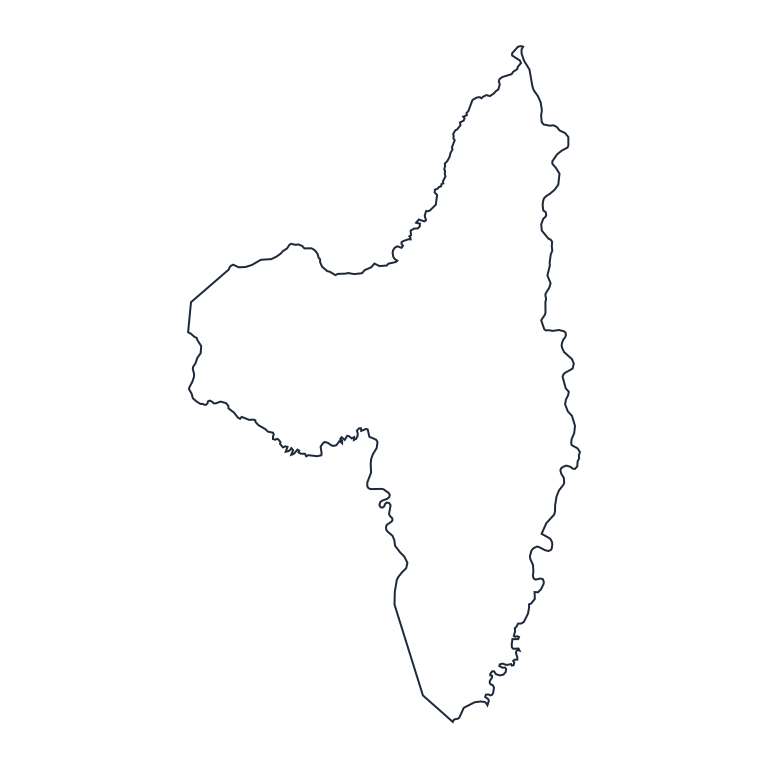 Novo Santo Antônio, Mato Grosso, Brazil
{"feature_id": "56859067B72150679990072", "entity_name": "Novo Santo Antônio", "entity_type": "district", "adm_level": 2, "iso_a3": "BRA", "parent_name": "Brazil", "parent_adm1": "Mato Grosso", "projection": "orthographic", "projection_center": [-50.883, -12.312], "detail": "fine", "context": "isolated", "style": "outline", "palette": "slate", "viewbox_px": 768, "rotation_deg": 0, "n_neighbors": 0, "source": "geoboundaries", "source_scale": "gbopen_adm2", "svg_char_len": 6094}
<svg xmlns="http://www.w3.org/2000/svg" viewBox="0 0 768 768"><path d="M523.1,46.7L520.9,46.1L518.0,46.7L512.1,53.3L512.1,55.5L519.9,60.5L521.0,63.1L517.7,66.9L517.4,69.0L513.3,71.7L511.6,74.1L502.2,77.1L499.4,79.2L498.8,81.5L499.8,84.4L498.3,89.5L495.7,91.3L494.0,93.3L490.0,96.1L486.4,95.1L483.0,96.8L481.4,98.3L479.8,97.2L477.2,97.4L473.8,99.1L472.3,100.4L468.4,111.0L466.5,113.1L466.9,115.1L463.2,116.7L464.6,118.2L463.7,120.6L459.9,122.5L460.5,125.2L457.5,129.1L455.2,130.5L453.1,134.1L453.7,135.7L453.4,138.4L454.7,140.2L451.9,147.4L452.5,149.4L450.3,153.5L449.6,156.8L447.2,161.2L444.8,163.6L445.2,166.1L444.2,169.2L445.1,171.2L444.7,173.3L445.4,176.5L443.0,181.2L443.3,183.4L441.5,184.1L441.1,186.3L438.9,187.0L437.9,188.5L434.9,189.7L434.7,192.6L437.1,195.0L435.8,204.7L430.0,210.4L428.3,211.2L426.1,211.1L424.7,215.7L426.0,220.2L424.3,221.4L418.9,219.5L416.1,222.7L420.0,223.7L419.7,226.6L417.7,228.4L414.1,228.6L410.6,230.6L411.0,235.3L409.4,236.3L410.4,237.7L410.6,239.4L408.6,239.2L403.2,241.1L401.5,242.3L401.6,244.2L403.0,245.8L401.5,247.8L397.4,246.3L395.0,247.5L394.0,248.8L393.0,250.5L392.6,253.0L393.3,256.9L394.4,258.7L397.3,260.7L395.8,262.0L388.4,263.7L386.8,265.5L379.6,266.1L374.4,263.6L371.2,267.3L364.7,270.1L362.0,273.2L354.3,274.1L348.0,273.0L346.1,273.6L337.9,273.9L335.4,275.1L329.9,271.8L327.2,271.1L322.0,266.6L320.1,262.1L320.1,259.3L318.7,257.9L317.5,253.8L315.2,250.7L313.5,249.4L311.4,248.3L304.4,248.4L302.1,245.9L298.4,244.4L295.7,244.9L291.2,243.8L289.5,244.7L287.1,248.4L282.6,251.3L281.0,253.4L276.5,256.6L271.4,259.1L260.8,259.8L251.8,265.0L245.5,267.0L238.7,267.3L233.1,264.7L231.0,265.8L229.7,267.1L228.7,269.6L191.0,302.2L188.1,332.2L191.1,333.9L194.6,337.0L196.6,337.8L197.5,340.3L201.2,346.1L200.7,353.1L197.3,357.9L195.5,363.3L193.0,367.0L192.8,369.0L194.1,374.1L193.9,377.2L192.3,381.9L189.4,387.2L189.0,389.2L191.6,393.6L192.8,398.2L196.3,401.3L200.6,404.0L202.6,403.8L204.4,404.8L206.0,404.8L207.5,403.4L208.0,401.4L209.7,400.6L212.1,401.7L213.7,403.3L215.6,403.4L220.6,401.6L226.0,403.1L228.3,405.8L228.5,408.4L234.0,412.6L237.8,417.5L240.0,418.8L241.7,416.9L249.2,419.9L253.4,419.6L255.3,420.2L255.5,422.0L258.5,425.2L265.0,428.9L267.9,431.6L273.0,432.7L273.8,434.7L273.0,436.3L273.0,439.1L275.2,439.7L277.2,438.8L279.0,440.1L280.5,442.2L280.0,443.9L283.0,447.4L285.3,446.3L287.5,446.9L285.7,451.7L288.3,451.2L290.2,449.9L291.3,448.1L293.1,450.1L291.3,454.8L293.8,453.9L297.5,449.6L299.2,450.7L298.5,452.4L300.8,453.7L305.0,453.8L306.2,456.3L308.2,455.2L317.2,456.2L321.3,455.3L321.6,453.1L320.6,446.7L322.6,443.7L324.5,442.0L327.8,442.8L331.6,445.5L333.9,445.9L336.5,445.1L339.6,440.9L342.1,443.2L342.1,440.8L340.4,438.8L341.6,437.2L344.7,439.9L347.2,435.8L349.0,436.2L351.7,438.4L354.1,437.2L353.9,440.0L356.1,438.8L357.4,436.5L357.8,433.6L356.9,430.6L359.1,428.3L361.0,428.3L361.2,430.9L366.2,428.9L367.7,429.5L369.4,436.8L376.0,439.6L377.5,441.9L376.7,448.0L372.9,454.2L371.1,459.2L370.7,464.3L371.1,472.5L367.3,482.4L367.3,486.4L368.5,488.2L370.6,489.1L381.8,488.9L383.7,489.4L388.7,493.0L389.8,495.2L389.2,497.1L387.5,498.7L382.0,500.7L380.2,502.2L379.4,505.0L380.5,507.2L382.5,507.6L384.1,506.5L385.2,503.8L386.6,502.6L389.1,503.0L390.6,505.3L389.0,514.0L389.8,515.7L392.1,518.1L392.5,519.9L391.6,521.6L386.7,524.9L386.0,527.2L386.3,529.8L387.4,531.4L392.6,535.9L394.3,540.1L395.1,545.9L400.4,552.7L404.3,556.5L407.4,562.9L406.2,568.2L402.1,572.2L398.3,577.0L396.8,579.9L394.8,591.8L394.5,604.5L422.9,695.4L452.8,721.9L453.8,719.9L455.2,719.1L457.7,718.8L459.2,717.8L463.8,707.8L474.5,702.3L480.5,701.5L484.8,702.0L486.4,703.4L487.4,705.2L488.8,701.0L488.3,699.2L485.2,697.0L485.9,694.7L488.4,694.4L490.5,695.4L492.2,694.7L493.2,692.8L494.0,687.5L492.7,685.1L490.5,684.3L489.7,682.7L489.8,681.0L492.1,677.4L492.0,675.6L490.2,675.3L490.4,673.5L492.4,671.2L494.1,671.4L496.0,674.2L500.1,675.4L503.4,674.6L505.6,672.1L506.2,669.2L504.9,667.5L502.4,667.7L499.3,665.9L499.9,664.3L502.5,663.6L506.6,665.0L511.1,664.1L511.9,665.6L513.6,665.2L514.3,662.7L513.2,661.0L514.6,659.7L517.3,659.6L517.3,657.3L516.0,653.1L516.2,651.4L517.6,649.9L519.5,650.6L518.5,648.5L513.3,648.8L511.9,647.3L511.7,644.9L512.4,639.1L518.2,639.1L519.0,637.0L517.1,636.2L515.4,636.8L513.8,636.1L515.1,631.4L514.8,628.3L516.3,626.9L518.1,623.6L521.3,623.5L523.8,622.0L528.0,613.6L529.1,607.6L529.0,604.4L531.2,603.5L534.8,598.9L534.6,592.0L538.0,592.3L541.2,589.0L543.6,583.9L543.8,581.7L542.8,579.2L540.5,578.5L535.6,579.6L533.7,578.5L532.9,576.0L533.4,571.2L533.0,564.9L530.3,559.0L529.9,556.5L531.2,551.2L533.1,548.5L536.8,546.6L538.7,546.9L544.8,550.1L548.3,551.0L550.7,550.1L551.7,548.6L552.3,544.5L552.1,542.4L550.9,539.8L549.3,538.1L541.6,533.8L546.3,523.2L554.1,514.7L555.0,511.7L555.1,505.5L556.5,496.6L559.0,490.4L563.5,484.6L564.2,482.7L563.8,477.8L561.2,473.6L560.4,470.4L561.0,468.4L563.2,466.8L566.3,465.6L570.5,466.8L572.6,468.6L574.8,469.0L577.2,466.5L577.7,461.1L579.1,458.6L578.9,455.4L579.9,452.0L577.6,448.4L571.7,445.1L571.2,443.3L571.6,439.1L574.2,433.2L575.0,425.9L572.0,416.0L567.8,411.3L565.1,404.4L565.9,399.6L568.1,395.3L568.8,391.8L565.7,388.3L562.6,376.8L563.5,374.3L565.0,372.8L572.6,368.6L573.8,363.6L572.0,359.2L564.0,352.0L562.1,347.9L561.6,345.4L562.1,342.6L563.1,340.0L565.3,337.0L565.9,335.0L565.5,332.5L563.8,331.2L559.0,330.0L552.8,330.9L548.8,330.2L545.9,330.4L544.3,329.3L541.2,320.3L545.0,314.5L545.5,312.5L545.4,302.1L546.1,298.9L545.4,295.5L545.6,293.6L549.3,287.6L550.6,283.3L547.4,275.5L549.9,265.3L549.6,263.1L550.7,254.7L552.3,250.6L551.8,246.5L552.1,241.7L550.5,239.5L548.5,238.7L541.8,230.6L541.2,224.4L543.3,218.7L545.5,216.8L546.2,215.2L545.7,212.1L543.3,210.5L542.6,204.9L543.1,201.2L543.9,198.5L546.3,196.0L549.9,193.8L554.7,189.7L558.3,184.6L559.5,173.7L555.8,167.7L552.4,163.9L552.3,161.4L557.0,154.4L561.8,150.6L567.6,147.5L568.4,145.1L568.3,137.0L565.0,133.0L559.7,130.5L556.7,126.9L553.5,125.3L550.0,125.7L543.7,124.5L541.7,122.2L541.1,115.5L541.9,110.4L540.7,102.5L538.0,96.3L533.6,90.0L532.3,85.8L529.5,69.6L523.9,60.5L521.5,53.1L521.6,49.3L523.1,46.7Z" fill="none" stroke="#1e293b" stroke-width="2"/></svg>